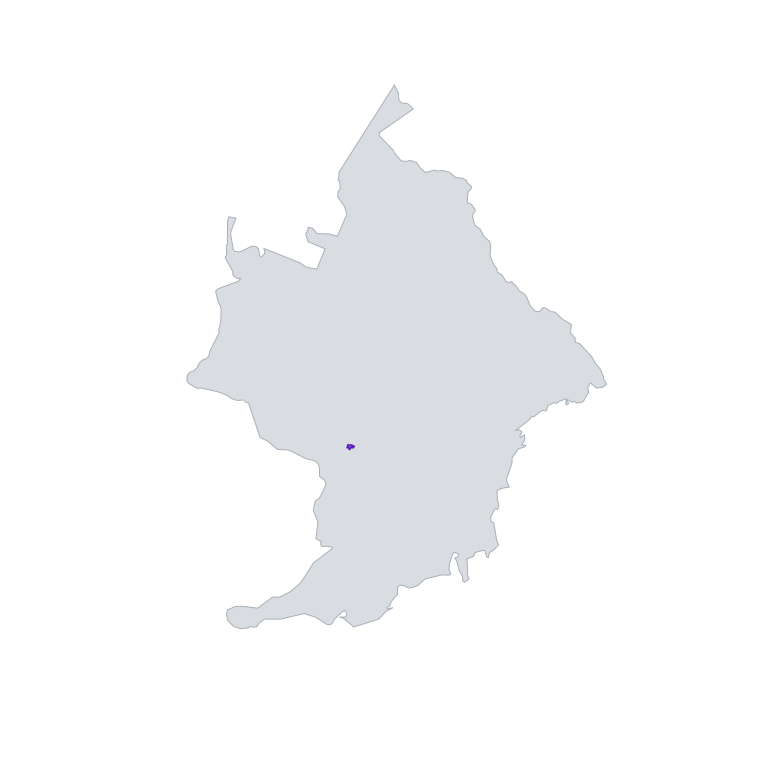 Susacón, Boyacá, Colombia shown in context, rotated 202°
{"feature_id": "7082276B12166433159462", "entity_name": "Susacón", "entity_type": "district", "adm_level": 2, "iso_a3": "COL", "parent_name": "Colombia", "parent_adm1": "Boyacá", "projection": "albers", "projection_center": [-72.721, 6.224], "detail": "fine", "context": "in_parent", "style": "filled", "palette": "violet", "viewbox_px": 768, "rotation_deg": 202, "n_neighbors": 0, "source": "geoboundaries", "source_scale": "gbopen_adm2", "svg_char_len": 5310}
<svg xmlns="http://www.w3.org/2000/svg" viewBox="0 0 768 768"><g transform="rotate(202 384 384)"><path d="M438.4,122.1L431.2,125.1L417.2,128.8L407.5,144.7L400.9,147.4L392.8,156.8L386.8,168.5L382.2,192.2L370.1,212.3L371.1,213.2L375.9,212.3L380.4,210.1L382.1,210.8L383.7,214.3L389.2,215.2L393.6,231.5L401.9,239.8L402.8,243.0L403.9,249.8L401.0,253.9L400.1,268.8L402.7,272.5L409.0,274.1L413.1,283.3L415.7,285.5L419.6,286.9L428.7,285.5L445.3,287.0L449.2,286.7L458.4,283.4L470.2,287.4L478.9,288.0L502.7,315.9L505.0,315.1L508.0,316.7L514.0,313.8L519.2,313.3L525.9,314.7L534.8,314.6L552.8,311.6L555.4,309.9L565.3,311.4L568.2,313.5L569.7,318.7L568.5,322.0L565.1,325.3L563.3,329.5L563.0,334.6L561.2,338.4L558.1,340.9L556.9,344.4L557.7,349.1L556.1,370.3L557.5,372.0L558.7,380.7L562.9,392.0L564.9,395.2L568.4,397.8L574.9,407.0L573.5,410.2L557.3,424.9L556.5,428.3L559.7,426.9L564.7,428.2L566.4,431.7L578.6,441.7L578.5,445.6L582.1,453.1L581.5,454.9L590.1,476.4L590.4,481.0L583.4,482.3L583.0,467.8L582.0,464.9L574.0,452.0L572.3,451.0L567.0,452.5L558.3,462.2L554.2,463.6L550.9,462.3L547.6,456.7L545.4,455.6L543.3,460.4L546.1,464.7L507.3,464.9L499.7,463.2L489.3,465.4L489.3,487.3L507.7,487.5L512.8,493.8L512.3,498.9L513.1,500.7L508.7,501.8L502.3,498.4L490.9,502.6L482.5,503.6L482.1,527.8L487.1,533.8L497.0,540.2L498.5,544.5L497.8,548.7L500.2,553.9L503.4,556.6L503.4,559.7L505.1,563.2L486.3,665.1L479.4,658.9L476.9,653.3L473.5,651.1L466.9,652.8L459.9,650.0L482.4,615.5L481.6,612.4L462.7,604.0L460.7,601.9L451.7,597.4L446.7,598.7L443.9,601.0L437.0,601.7L431.5,598.0L424.9,595.6L416.9,601.5L414.6,601.4L408.9,604.0L402.9,604.9L395.0,602.3L388.6,604.1L384.2,603.8L382.5,601.9L376.9,599.9L376.3,597.5L377.9,593.3L375.5,584.8L374.5,583.4L370.2,583.3L365.2,580.2L364.2,578.4L365.3,575.0L364.4,572.1L359.5,565.3L352.7,563.5L346.2,557.9L339.7,555.9L336.7,551.9L333.8,542.8L327.1,535.7L322.4,533.2L320.8,529.9L315.9,529.5L309.3,524.8L306.4,524.5L304.4,526.7L298.3,524.4L293.0,520.9L287.6,520.0L284.1,517.9L277.8,511.3L270.9,508.1L266.9,509.2L265.5,514.1L263.2,514.9L255.2,513.6L253.9,514.7L251.8,514.4L242.1,510.7L232.5,509.4L230.2,501.2L224.1,498.2L222.2,494.3L217.9,494.7L201.6,487.1L194.9,481.8L189.1,478.9L183.1,473.0L182.2,470.7L177.6,467.3L179.9,463.0L185.5,459.8L192.9,462.4L193.8,457.3L191.2,452.8L192.6,442.7L194.5,440.5L198.5,438.5L201.1,439.3L202.7,437.6L208.6,438.4L210.4,437.7L215.0,433.7L217.0,430.5L219.1,430.8L224.0,425.4L223.3,419.9L227.8,418.7L232.7,409.8L234.8,409.6L235.9,405.3L244.4,390.5L241.3,392.2L238.1,391.2L238.6,386.2L237.6,385.6L234.9,389.4L232.6,385.5L233.3,379.1L229.5,380.3L229.7,378.8L235.2,374.0L237.5,363.1L235.8,359.1L234.8,342.7L233.9,339.6L229.4,335.4L236.5,330.8L239.1,327.3L236.0,320.0L231.8,313.8L231.7,310.1L234.2,310.5L235.3,300.3L233.0,296.4L230.1,296.3L220.9,281.1L217.6,278.0L220.1,270.8L223.0,267.6L222.4,262.1L224.3,262.4L228.3,267.5L229.9,266.7L236.3,262.0L236.5,257.6L241.5,253.0L234.6,237.6L232.2,235.1L235.1,230.2L236.8,230.5L239.5,235.4L243.9,238.6L250.3,247.2L253.1,249.1L251.1,251.0L250.6,253.1L251.6,254.2L255.3,254.5L256.8,252.2L255.8,241.7L254.3,236.5L250.9,232.8L252.0,231.2L258.7,228.7L272.6,218.9L277.4,209.5L281.1,206.2L285.2,204.0L290.2,204.5L294.1,203.4L295.3,200.4L292.7,193.9L295.7,185.1L295.6,180.6L297.6,177.9L296.9,176.8L291.9,179.9L297.1,173.7L300.7,164.2L320.9,147.4L333.9,151.6L338.0,151.3L332.6,153.4L331.8,155.8L333.7,158.4L335.6,159.1L337.3,157.5L341.7,147.7L342.4,142.3L344.3,140.4L347.1,139.7L359.8,142.1L372.0,141.3L391.7,127.3L406.6,121.3L410.2,115.5L411.2,111.2L413.9,109.5L416.7,109.5L418.4,107.1L425.2,103.4L432.6,102.9L440.3,106.2L443.9,111.9L444.5,115.9L438.4,122.1ZM208.9,436.6L207.9,437.4L206.2,436.0L205.6,434.3L206.7,433.1L208.1,433.5L208.9,436.6Z" fill="#d9dde1" stroke="#a8b0b8" stroke-width="1"/><path d="M394.7,313.6L394.6,313.4L394.6,313.2L394.6,312.9L394.5,312.7L394.4,312.6L394.5,312.5L394.5,312.4L394.4,312.4L394.4,312.2L394.4,311.9L394.4,311.7L394.4,311.4L394.5,311.2L394.4,311.1L394.2,311.1L394.1,311.3L393.9,311.5L393.8,311.4L393.7,311.2L393.7,311.3L393.4,311.4L393.4,311.6L393.2,311.7L392.9,311.7L392.9,311.8L392.8,311.7L392.7,311.6L392.7,311.4L392.7,311.2L392.4,311.1L392.3,310.9L392.2,310.8L392.0,310.7L391.9,310.7L391.7,310.6L391.7,310.4L391.4,310.4L391.3,310.5L391.2,310.6L391.1,310.8L391.0,311.0L390.9,311.2L390.9,311.3L390.9,311.5L391.0,311.7L390.9,311.7L390.9,311.8L390.8,312.0L390.8,312.3L390.9,312.5L391.0,312.6L390.9,312.7L390.9,312.8L390.7,312.9L390.7,313.0L390.4,313.1L390.2,313.0L390.0,313.3L389.9,313.3L389.7,313.3L389.6,313.2L389.4,313.1L389.2,313.1L388.9,313.2L389.0,313.3L388.9,313.4L388.9,313.5L388.7,313.6L388.7,313.8L388.7,314.0L388.5,314.3L388.4,314.3L388.4,314.5L388.2,314.7L388.2,314.8L388.2,315.1L388.3,315.1L388.5,315.1L388.8,315.1L388.7,315.0L388.8,314.9L388.9,314.7L389.0,314.7L389.3,314.5L389.4,314.4L389.5,314.4L389.8,314.5L390.0,314.5L390.3,314.5L390.2,314.7L390.2,314.8L390.1,315.0L390.2,315.3L390.3,315.3L390.4,315.2L390.4,315.3L390.5,315.3L390.8,315.3L390.9,315.2L391.0,315.2L391.3,315.2L391.5,315.1L391.8,315.2L392.0,315.1L392.3,314.9L392.5,314.8L392.7,314.7L392.8,314.6L392.7,314.6L392.8,314.5L392.8,314.4L393.0,314.4L393.4,314.3L393.5,314.3L393.8,314.4L394.0,314.4L394.3,314.4L394.5,314.4L394.6,314.2L394.7,313.9L394.7,313.7L394.7,313.6Z" fill="#8b5cf6" stroke="#5b21b6" stroke-width="1.5"/></g></svg>